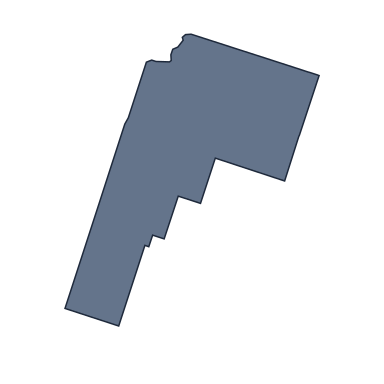 Bonneville, Idaho, United States of America, rotated 288°
{"feature_id": "52423323B55916702614630", "entity_name": "Bonneville", "entity_type": "district", "adm_level": 2, "iso_a3": "USA", "parent_name": "United States of America", "parent_adm1": "Idaho", "projection": "mercator", "projection_center": [-111.357, 43.323], "detail": "fine", "context": "isolated", "style": "filled", "palette": "slate", "viewbox_px": 384, "rotation_deg": 288, "n_neighbors": 0, "source": "geoboundaries", "source_scale": "gbopen_adm2", "svg_char_len": 781}
<svg xmlns="http://www.w3.org/2000/svg" viewBox="0 0 384 384"><g transform="rotate(288 192 192)"><path d="M231.1,276.7L277.8,276.4L279.2,276.6L342.0,276.9L342.0,276.0L342.1,275.5L342.1,275.4L342.1,274.9L342.1,274.2L342.1,270.8L342.1,269.9L342.1,269.4L342.1,267.0L342.0,265.5L342.0,263.9L342.0,263.3L342.0,262.2L342.0,233.0L342.0,232.9L342.0,230.9L342.0,229.6L342.0,227.8L341.9,194.3L341.8,142.4L339.7,137.2L336.1,135.0L333.6,136.7L325.4,133.7L321.8,129.6L316.0,129.5L310.6,131.6L308.8,130.4L305.0,117.4L305.0,112.9L301.4,108.5L269.7,108.5L242.9,108.5L235.9,107.1L223.7,107.1L151.0,107.2L42.0,107.2L41.9,163.7L126.7,163.7L126.6,167.8L138.8,167.9L138.8,180.0L158.7,180.1L183.8,180.2L183.8,203.6L231.4,203.7L231.1,276.7Z" fill="#64748b" stroke="#1e293b" stroke-width="1.5"/></g></svg>